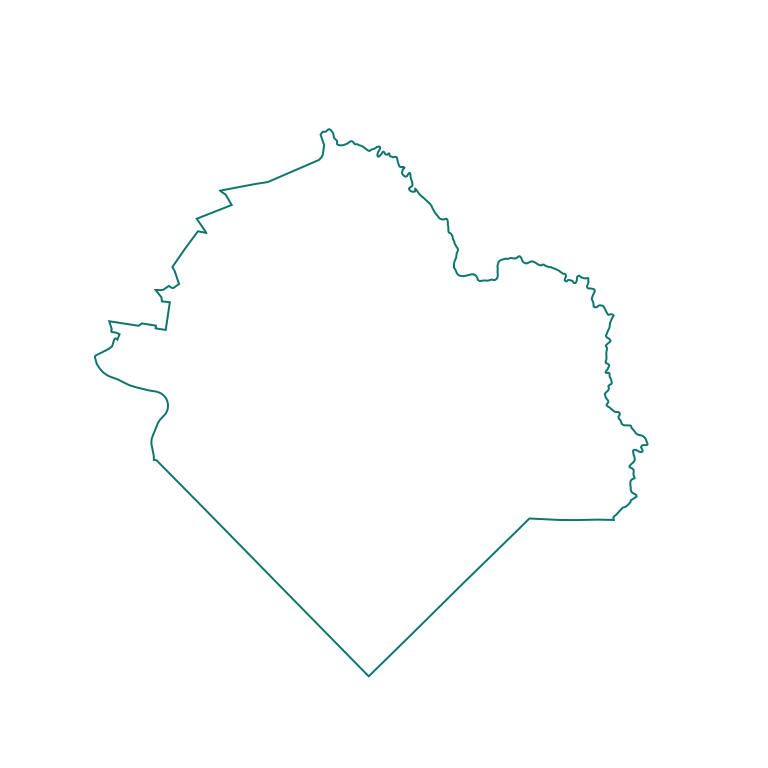 outline of Mitcham, South Australia, Australia, rotated 229°
{"feature_id": "25037944B96315201731576", "entity_name": "Mitcham", "entity_type": "district", "adm_level": 2, "iso_a3": "AUS", "parent_name": "Australia", "parent_adm1": "South Australia", "projection": "robinson", "projection_center": [138.632, -35.007], "detail": "fine", "context": "isolated", "style": "outline", "palette": "teal", "viewbox_px": 768, "rotation_deg": 229, "n_neighbors": 0, "source": "geoboundaries", "source_scale": "gbopen_adm2", "svg_char_len": 6166}
<svg xmlns="http://www.w3.org/2000/svg" viewBox="0 0 768 768"><g transform="rotate(229 384 384)"><path d="M611.6,217.8L603.8,214.4L603.4,213.2L602.1,212.6L600.8,213.4L599.7,214.6L598.2,215.7L595.1,217.1L592.4,211.9L593.8,211.7L594.7,211.0L594.8,210.2L594.6,209.6L590.8,203.5L591.0,199.6L594.6,185.2L594.5,184.1L593.6,183.3L587.7,180.4L582.3,179.6L577.3,179.6L572.3,180.8L568.8,182.3L562.5,185.9L551.1,190.6L548.6,191.9L542.5,195.9L533.1,202.6L527.2,207.5L523.8,209.3L521.2,210.0L519.0,210.3L516.2,210.1L513.5,209.3L511.1,208.1L509.3,206.8L507.4,204.8L506.2,203.0L505.1,200.6L504.7,198.8L503.9,191.2L503.0,188.0L496.1,174.5L494.6,172.2L493.0,170.6L491.3,169.1L481.6,163.6L479.4,162.0L477.7,160.5L476.8,161.6L475.3,162.3L410.6,166.4L276.6,174.4L173.4,180.7L177.2,244.2L181.6,312.0L186.0,388.5L187.1,405.5L166.3,427.2L155.7,439.2L141.7,456.0L130.6,468.3L132.6,469.4L133.0,470.1L133.1,471.1L133.0,473.6L134.1,482.9L132.9,485.5L132.7,487.7L132.8,490.3L133.1,492.3L134.1,493.8L134.2,494.7L133.5,498.9L133.4,500.9L134.5,501.4L135.6,501.4L139.7,499.9L142.1,500.7L144.4,502.6L146.0,503.5L148.2,505.5L148.9,506.4L149.2,507.2L149.3,508.7L149.2,509.4L148.5,511.0L148.7,511.6L152.0,512.8L154.2,515.1L155.6,516.1L157.5,515.9L159.7,514.9L160.3,514.9L161.0,515.4L161.3,517.3L161.3,520.1L161.6,522.4L161.9,523.1L163.0,524.2L164.7,525.1L166.7,525.9L169.8,527.8L170.3,528.5L170.4,529.2L169.8,530.1L168.6,531.0L164.5,532.7L163.7,533.8L163.5,534.8L163.9,535.3L164.8,535.8L167.6,536.4L168.2,537.7L168.3,538.5L167.8,539.6L165.5,542.2L165.5,543.2L166.0,543.7L171.1,545.5L172.4,545.6L174.9,545.2L176.8,544.3L177.9,543.2L179.2,542.4L181.3,541.8L184.6,542.1L188.8,542.1L189.9,542.8L190.7,542.9L192.5,541.2L195.2,538.2L196.4,537.6L197.9,537.3L201.3,538.6L203.5,538.6L204.4,538.8L205.4,539.4L205.6,539.7L206.1,541.5L206.5,542.2L206.9,542.5L208.1,542.8L209.3,542.2L211.3,540.1L213.7,539.5L218.4,538.8L220.8,538.0L222.0,538.1L222.4,538.6L222.7,539.6L223.0,541.2L223.7,541.9L224.9,542.3L228.1,542.4L231.5,544.0L231.7,544.3L232.0,546.0L232.0,548.1L232.5,550.1L233.6,551.2L234.9,551.7L235.3,552.2L235.3,553.4L234.9,555.6L235.4,556.7L238.2,558.3L240.9,558.9L242.0,559.4L243.6,560.9L244.2,561.2L244.8,561.0L245.4,560.6L246.4,559.1L247.1,558.8L247.4,559.0L248.0,559.9L248.5,562.6L250.3,566.2L251.7,566.4L254.0,565.3L254.7,565.4L255.5,566.1L257.1,568.5L261.8,572.3L264.2,575.3L265.6,576.2L267.0,576.3L267.5,576.6L267.7,578.0L267.6,582.0L267.9,583.3L268.7,583.5L270.7,583.6L272.6,582.8L274.5,582.9L274.7,583.0L276.9,587.2L278.7,591.3L281.4,594.2L282.3,595.6L284.2,599.6L284.8,601.7L285.0,602.1L286.2,602.2L286.9,601.8L288.0,600.7L288.8,598.9L289.1,598.7L290.5,598.7L292.8,599.2L296.8,600.3L299.4,600.5L301.4,598.9L301.9,598.3L302.5,596.6L302.3,595.8L302.6,594.8L303.7,593.2L304.8,593.0L307.8,595.2L312.1,596.7L314.0,600.0L315.4,603.4L316.2,604.3L317.3,604.7L318.3,604.3L320.7,602.5L322.2,600.8L323.5,600.7L324.8,601.5L326.0,604.1L327.0,605.4L328.3,606.3L329.3,607.3L329.9,607.5L330.6,606.9L331.6,605.2L333.0,604.1L335.1,602.8L337.6,602.4L337.9,602.0L338.2,601.1L338.1,600.1L335.9,597.7L334.9,596.2L334.7,594.6L335.1,593.9L335.7,593.6L338.5,593.8L339.9,592.6L340.8,592.2L341.4,591.6L341.8,590.6L341.6,589.3L342.2,588.5L343.6,588.4L344.0,588.7L344.6,589.4L345.9,592.1L347.3,592.8L348.3,592.8L348.8,592.5L349.7,591.5L352.3,590.9L352.5,590.7L354.4,590.5L358.6,588.7L362.1,586.8L362.8,586.7L363.7,585.4L365.1,584.7L366.4,583.8L367.5,583.3L369.0,583.1L370.0,582.2L370.1,580.9L370.9,580.2L371.4,579.4L373.3,578.6L376.3,577.9L379.4,576.3L380.3,574.5L381.1,571.3L381.8,570.4L382.7,569.7L384.8,569.1L386.5,569.3L388.8,570.2L389.8,570.3L390.7,570.4L391.6,570.0L392.1,568.6L392.0,567.2L392.3,565.9L393.6,564.4L396.0,562.3L397.1,559.6L398.8,558.1L400.6,554.1L401.1,552.0L401.0,550.9L400.4,549.6L398.5,546.9L396.9,545.9L393.8,543.0L392.0,541.7L390.4,540.2L389.7,538.7L389.5,536.9L390.0,535.3L392.1,533.9L393.9,530.1L396.2,527.8L398.9,523.8L400.0,523.3L400.6,523.2L404.3,524.3L405.9,524.4L406.4,524.4L407.6,523.6L407.9,523.7L409.3,522.1L412.1,516.6L413.4,514.6L414.5,513.4L416.6,511.9L418.3,511.6L420.1,511.7L423.5,512.9L426.1,513.2L426.6,513.5L426.8,514.1L428.5,515.3L429.8,517.0L430.5,518.1L432.1,521.5L434.8,524.4L436.2,527.3L436.9,528.0L438.1,528.6L439.1,528.6L444.2,529.6L444.7,529.9L445.0,530.4L448.3,531.2L449.7,532.2L452.3,533.0L454.0,533.1L455.6,532.4L456.3,532.5L458.2,533.7L460.4,535.7L462.2,536.6L464.5,538.6L466.8,539.7L468.2,539.2L468.8,537.2L470.0,535.9L471.8,534.8L473.0,534.6L480.2,534.9L484.3,535.8L487.2,536.7L490.0,536.9L499.4,535.9L502.6,535.3L504.5,535.3L509.8,535.8L510.7,535.6L509.1,533.8L509.2,533.1L509.5,532.6L511.1,531.1L512.3,530.6L513.7,530.6L515.0,530.9L515.2,531.3L515.3,533.7L514.9,535.1L515.7,536.3L517.8,537.6L520.0,538.5L523.0,540.0L525.4,541.8L526.4,541.9L526.7,541.2L526.6,540.2L525.8,537.8L526.4,536.3L527.2,535.7L528.8,535.7L529.9,535.4L531.5,536.1L532.2,536.8L532.7,538.0L533.6,538.9L533.5,540.7L533.8,541.3L534.7,541.3L536.8,539.0L537.9,538.4L539.7,538.9L542.2,540.0L546.4,542.3L547.1,542.2L548.0,541.7L549.3,539.4L550.4,539.0L552.0,538.0L552.5,538.0L554.1,539.1L554.8,539.1L555.0,538.6L555.0,536.9L555.8,536.0L556.8,535.7L558.6,536.2L559.7,536.0L559.9,535.0L559.2,532.8L559.0,529.7L559.1,529.0L559.5,528.7L560.9,529.0L562.1,530.3L563.1,532.1L563.7,534.2L564.6,536.0L565.5,536.4L566.4,536.2L567.6,533.9L567.5,533.5L568.0,530.7L569.1,528.5L569.2,527.1L569.5,525.9L570.2,525.4L571.5,524.9L576.0,524.1L578.4,523.2L580.6,521.9L582.1,521.4L582.9,520.8L583.8,519.4L585.7,519.3L587.4,519.4L588.6,518.8L589.2,517.5L589.5,514.2L590.8,510.2L592.8,507.5L594.6,506.2L595.9,506.0L597.1,507.0L598.0,508.0L602.7,507.8L606.5,510.1L610.7,510.5L612.0,509.9L612.4,509.5L612.7,508.4L612.7,505.3L614.6,503.1L613.8,499.7L603.9,495.7L603.2,495.1L597.1,488.1L596.1,485.6L595.8,482.3L595.7,482.2L612.6,428.9L619.8,417.4L637.4,387.2L636.9,387.2L630.7,388.7L619.0,386.5L631.6,351.1L615.4,349.2L614.7,348.9L621.3,343.8L617.0,324.0L611.1,301.0L606.8,300.2L593.9,294.9L594.7,287.9L596.0,286.8L599.2,285.9L599.9,279.3L601.1,277.3L604.8,273.3L595.4,272.9L592.1,270.6L586.2,276.0L568.0,254.7L575.9,248.1L577.6,250.2L588.6,241.0L588.9,237.0L611.6,217.8Z" fill="none" stroke="#0f766e" stroke-width="2"/></g></svg>